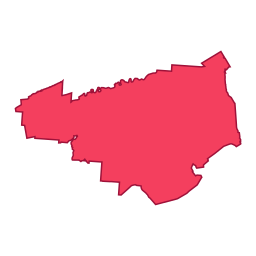 the district of Ances pag., Ventspils, Latvia
{"feature_id": "27541924B94862337906440", "entity_name": "Ances pag.", "entity_type": "district", "adm_level": 2, "iso_a3": "LVA", "parent_name": "Latvia", "parent_adm1": "Ventspils", "projection": "mercator", "projection_center": [21.993, 57.524], "detail": "fine", "context": "isolated", "style": "filled", "palette": "rose", "viewbox_px": 256, "rotation_deg": 0, "n_neighbors": 0, "source": "geoboundaries", "source_scale": "gbopen_adm2", "svg_char_len": 5378}
<svg xmlns="http://www.w3.org/2000/svg" viewBox="0 0 256 256"><path d="M220.9,51.5L201.6,63.2L204.6,66.4L201.4,66.9L171.9,64.9L171.5,71.2L157.0,70.2L156.9,70.5L156.8,71.4L156.7,71.8L156.3,72.4L155.6,73.0L153.1,73.1L148.5,74.5L146.8,76.0L145.8,77.2L145.2,78.2L144.3,79.4L144.0,79.6L143.2,79.7L141.6,79.0L139.9,79.9L139.4,80.0L138.9,79.8L137.2,78.5L135.1,78.4L134.6,78.9L133.5,80.3L132.9,81.6L132.3,81.9L131.6,82.0L131.4,81.9L131.1,81.5L131.1,80.9L131.1,79.8L130.9,79.0L130.6,78.7L130.1,78.7L129.6,79.0L129.2,79.8L129.0,80.3L128.7,82.0L128.5,82.4L128.2,82.6L126.6,82.3L125.9,82.0L125.2,82.0L124.5,81.5L124.0,80.7L123.5,80.3L122.3,79.8L121.7,79.8L120.7,80.4L120.5,80.9L120.5,82.4L120.6,83.5L120.8,83.8L121.1,84.1L121.2,84.4L121.1,84.7L120.4,85.1L119.8,85.2L119.2,84.8L119.1,84.6L119.3,83.1L119.2,82.8L118.8,82.3L118.2,82.2L117.1,83.2L116.4,83.4L115.9,83.3L115.7,83.3L115.4,83.6L115.3,84.0L115.2,84.2L114.7,84.3L114.4,84.8L114.9,85.4L114.8,86.4L114.9,86.7L114.5,87.3L113.6,87.8L110.7,88.6L109.2,87.8L108.5,87.5L108.0,87.6L106.7,88.1L105.8,88.3L104.9,88.2L104.0,87.8L103.5,87.7L101.5,87.6L100.5,88.3L100.3,88.8L100.4,89.7L100.9,90.1L100.9,90.7L100.7,91.0L100.3,91.5L99.4,91.9L98.7,91.7L98.4,91.3L98.3,91.0L98.5,90.5L98.7,90.0L99.5,89.3L99.6,88.5L99.6,88.2L99.4,87.8L99.0,87.5L98.8,87.4L98.3,87.4L97.8,87.8L97.7,88.2L97.6,88.9L97.4,89.2L97.0,89.6L97.0,89.9L97.1,90.3L97.0,90.5L96.3,91.0L95.9,92.1L95.6,92.4L95.0,92.7L94.2,92.6L93.6,92.3L93.5,92.0L93.4,90.8L93.2,89.9L93.0,89.6L92.2,89.4L91.4,89.5L91.0,89.8L90.9,90.3L90.9,90.7L91.2,91.1L91.8,91.3L92.3,91.7L92.5,92.2L92.4,92.5L92.0,92.7L91.7,92.7L91.0,92.5L90.4,92.1L89.8,92.0L88.6,92.7L87.7,92.7L87.4,92.9L87.2,93.2L86.8,94.5L86.7,95.1L86.6,95.4L85.5,96.0L85.1,95.9L84.8,95.7L84.8,95.2L84.9,94.6L84.6,93.6L84.3,93.4L83.9,93.5L83.5,93.7L82.6,94.9L82.1,95.2L81.5,95.3L80.6,96.1L79.0,96.9L79.0,97.1L78.9,97.9L79.2,98.3L79.3,98.8L79.3,99.0L79.0,99.3L77.4,99.9L75.7,100.0L74.5,100.3L72.7,100.6L72.1,100.9L71.6,101.7L71.0,102.1L71.6,92.9L66.4,94.6L62.0,95.6L61.9,95.4L62.3,89.3L62.2,89.4L62.3,88.2L62.7,81.3L62.8,80.8L61.5,81.9L60.9,81.9L60.8,82.2L60.6,82.1L60.5,82.3L60.1,82.4L59.8,82.6L59.5,82.7L57.8,83.4L56.0,84.4L55.4,84.5L55.1,84.7L55.1,84.9L54.4,85.0L54.2,85.4L54.0,85.5L53.6,85.6L53.0,85.6L52.7,85.8L52.1,86.0L51.9,86.3L51.2,86.7L50.5,86.8L50.4,87.0L50.0,87.2L49.7,87.0L49.3,87.4L48.8,87.5L48.5,87.7L47.1,88.2L46.8,88.2L46.2,88.6L43.8,89.3L43.3,89.6L43.1,89.6L43.0,89.8L42.0,90.2L41.9,90.7L41.8,90.9L41.4,90.9L41.3,90.7L41.2,91.0L40.6,91.2L40.3,91.1L40.2,90.9L40.1,91.0L40.0,91.3L39.2,91.2L38.7,91.5L38.4,91.4L38.3,91.5L38.1,91.5L38.2,91.8L37.9,92.0L37.6,92.2L36.9,92.2L36.9,92.4L36.5,92.8L36.3,92.8L35.6,93.4L34.1,93.7L33.2,93.7L33.1,94.0L31.8,94.7L31.0,95.7L30.2,96.1L29.7,96.2L28.6,96.8L28.5,97.0L28.8,98.0L28.7,98.2L28.2,98.7L27.4,99.1L20.9,99.7L21.3,104.5L21.2,104.8L16.6,107.5L15.4,108.5L15.9,111.5L22.6,112.0L22.1,118.5L21.7,125.1L24.6,125.4L26.9,138.2L34.9,136.6L34.9,138.3L58.9,140.0L58.7,142.9L60.7,142.8L60.8,142.7L61.0,142.1L67.3,142.7L68.8,140.9L71.3,140.0L73.1,138.3L73.9,137.4L73.9,135.8L74.7,135.9L76.3,135.8L76.6,134.9L76.6,135.0L76.9,135.3L77.1,135.9L77.4,136.1L77.4,136.4L77.2,136.6L76.7,137.0L76.2,138.1L75.7,138.8L75.0,139.4L74.1,139.2L72.9,139.8L72.0,141.4L71.4,141.9L71.2,142.2L71.1,143.8L71.3,144.3L72.0,145.7L71.8,146.6L71.8,146.9L72.6,147.4L72.4,148.1L72.3,148.6L72.3,149.1L73.6,150.2L73.8,150.7L73.0,152.6L73.3,155.3L72.1,158.0L72.1,159.3L72.4,160.0L79.0,160.1L80.9,161.5L81.6,160.9L82.8,160.6L84.8,160.8L84.1,159.9L84.8,159.2L85.8,160.6L86.1,160.7L86.4,161.6L87.2,162.2L88.1,163.2L88.8,162.9L89.1,162.9L89.0,162.3L89.2,161.1L101.9,162.0L100.6,180.9L102.1,181.0L102.5,181.2L109.8,181.6L111.5,181.6L119.5,182.2L118.6,194.8L121.1,195.0L128.4,188.5L131.5,185.6L134.4,184.8L134.9,184.9L135.4,184.7L135.7,185.0L136.1,185.0L136.6,185.4L139.6,185.7L141.1,186.0L141.2,187.7L141.6,188.9L142.4,190.1L145.9,193.0L146.6,193.9L147.5,194.7L148.8,197.2L150.1,198.2L155.6,204.5L175.4,199.3L177.5,198.7L186.8,193.3L189.1,191.1L197.2,184.9L201.4,177.8L201.8,177.3L200.9,175.4L197.0,175.1L195.6,175.8L195.3,175.5L192.4,171.8L193.0,171.2L191.3,168.1L192.4,165.1L193.3,164.7L192.9,164.2L193.1,163.9L193.9,164.6L195.7,165.7L196.0,166.9L196.7,168.1L203.6,167.1L203.5,164.9L208.1,161.0L207.9,160.8L208.1,160.5L207.9,160.2L208.1,159.8L207.5,158.7L214.7,153.5L223.7,146.3L229.2,144.2L230.7,143.8L231.8,143.9L233.0,144.4L235.2,145.5L235.7,146.0L236.3,146.6L238.4,145.4L240.6,144.0L240.6,143.4L240.4,143.4L240.4,143.2L240.6,143.2L240.5,142.9L240.2,142.7L240.3,142.3L240.1,142.2L240.1,141.7L240.0,141.4L240.5,141.1L240.4,140.8L240.5,140.4L240.6,140.5L240.6,140.3L240.5,139.8L240.6,139.6L240.1,138.8L239.9,138.2L239.6,138.1L239.8,136.7L239.7,135.9L239.3,132.7L238.0,132.3L238.0,131.0L237.7,130.3L237.1,129.3L236.8,128.5L236.5,127.1L236.4,124.8L234.9,103.5L234.7,103.5L231.2,97.5L229.5,96.3L228.5,95.5L227.6,92.8L227.0,92.3L226.3,90.8L226.4,89.8L226.0,88.4L225.8,86.3L225.6,85.1L225.7,84.7L225.4,83.9L225.0,79.3L225.1,78.2L225.1,76.1L224.9,75.1L225.0,74.2L225.0,72.6L225.3,72.7L225.2,72.5L225.3,72.4L225.1,72.1L225.2,71.9L225.0,71.6L224.9,71.6L225.0,71.5L224.9,71.6L224.8,71.4L225.0,71.3L225.0,71.2L224.9,71.0L225.1,70.8L225.2,70.5L225.5,70.3L225.2,70.0L225.3,69.9L225.1,69.7L225.1,69.2L226.7,69.5L228.8,67.0L230.1,66.8L225.1,58.3L224.1,58.2L223.6,57.3L224.2,57.0L220.9,51.5Z" fill="#f43f5e" stroke="#9f1239" stroke-width="1.5"/></svg>